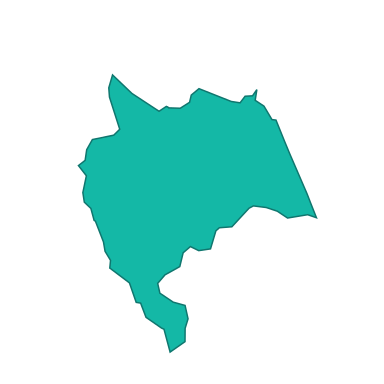 the district of Richmond, North Carolina, United States of America, rotated 247°
{"feature_id": "52423323B95417665649533", "entity_name": "Richmond", "entity_type": "district", "adm_level": 2, "iso_a3": "USA", "parent_name": "United States of America", "parent_adm1": "North Carolina", "projection": "natural_earth1", "projection_center": [-79.777, 34.994], "detail": "fine", "context": "isolated", "style": "filled", "palette": "teal", "viewbox_px": 384, "rotation_deg": 247, "n_neighbors": 0, "source": "geoboundaries", "source_scale": "gbopen_adm2", "svg_char_len": 1094}
<svg xmlns="http://www.w3.org/2000/svg" viewBox="0 0 384 384"><g transform="rotate(247 192 192)"><path d="M53.2,109.3L57.0,127.1L69.2,132.4L76.8,138.8L90.3,141.3L98.0,131.6L111.4,122.9L121.3,124.7L126.3,134.8L128.1,151.6L139.5,160.1L142.4,169.2L135.4,175.3L132.4,186.8L146.9,198.8L148.4,203.2L144.4,215.1L154.8,238.2L155.2,243.1L148.7,254.3L141.0,263.0L130.7,269.8L125.9,289.6L119.7,296.5L135.9,296.9L145.3,297.2L189.0,296.9L189.4,296.9L202.0,297.0L202.3,297.0L225.4,297.4L227.4,293.9L242.9,291.8L251.7,286.0L260.9,291.7L256.9,285.3L259.4,278.3L255.3,271.1L260.0,263.5L284.4,238.8L281.5,229.2L275.5,224.8L273.7,213.9L278.6,203.3L279.6,203.0L280.0,202.7L280.2,202.2L280.8,201.8L279.2,193.2L306.2,175.2L330.8,164.6L320.4,156.1L311.6,153.1L278.0,150.0L274.9,142.2L279.2,120.8L272.1,111.6L262.9,106.0L260.7,97.8L248.2,101.1L234.1,91.3L224.7,88.9L216.4,92.5L204.1,90.8L203.2,91.5L202.7,91.7L180.7,91.0L171.4,88.8L160.9,90.3L154.1,86.6L132.8,98.9L112.2,97.5L109.8,101.3L94.6,100.7L78.6,110.8L78.4,111.0L78.2,111.2L76.6,112.6L53.2,109.3Z" fill="#14b8a6" stroke="#0f766e" stroke-width="1.5"/></g></svg>